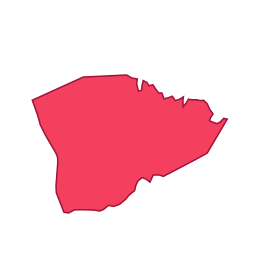 Terezinha, Pernambuco, Brazil, rotated 335°
{"feature_id": "56859067B64168631731384", "entity_name": "Terezinha", "entity_type": "district", "adm_level": 2, "iso_a3": "BRA", "parent_name": "Brazil", "parent_adm1": "Pernambuco", "projection": "robinson", "projection_center": [-36.613, -9.073], "detail": "fine", "context": "isolated", "style": "filled", "palette": "rose", "viewbox_px": 256, "rotation_deg": 335, "n_neighbors": 0, "source": "geoboundaries", "source_scale": "gbopen_adm2", "svg_char_len": 1055}
<svg xmlns="http://www.w3.org/2000/svg" viewBox="0 0 256 256"><g transform="rotate(335 128 128)"><path d="M221.7,161.9L218.8,159.7L213.9,161.6L210.5,161.6L207.6,158.9L204.9,155.8L207.8,153.1L211.0,151.2L210.0,145.7L210.0,139.5L208.3,134.9L205.0,133.6L202.3,131.5L197.8,129.4L195.0,127.4L191.4,129.9L187.0,132.0L189.4,126.3L191.4,123.2L187.0,123.7L182.4,123.2L181.6,117.9L178.0,117.7L173.0,116.8L173.5,110.6L170.6,109.2L169.5,104.3L168.8,99.3L164.8,98.5L164.4,94.7L161.8,91.4L158.4,95.9L156.2,99.5L153.0,99.1L154.6,91.4L157.2,87.5L152.6,84.3L149.2,79.4L108.9,62.9L58.2,62.4L53.0,62.4L51.5,78.4L49.8,88.3L50.2,100.0L50.8,106.9L51.9,118.3L52.1,122.2L51.5,125.7L49.6,129.9L38.3,150.0L35.7,156.3L34.3,177.2L38.2,179.9L45.0,179.6L51.3,182.4L56.6,185.0L62.8,188.2L67.3,191.3L71.4,191.5L77.5,189.9L82.0,193.0L88.1,193.6L96.1,191.5L100.5,189.3L104.1,188.4L107.5,187.6L110.7,183.5L114.6,180.2L119.9,178.9L122.8,182.1L125.0,186.4L131.0,181.2L136.6,183.9L139.6,186.8L175.8,185.1L189.2,184.2L221.7,161.9Z" fill="#f43f5e" stroke="#9f1239" stroke-width="1.5"/></g></svg>